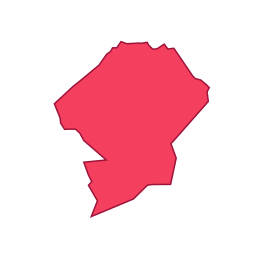 the district of José da Penha, Rio Grande do Norte, Brazil, rotated 44°
{"feature_id": "56859067B70747507045438", "entity_name": "José da Penha", "entity_type": "district", "adm_level": 2, "iso_a3": "BRA", "parent_name": "Brazil", "parent_adm1": "Rio Grande do Norte", "projection": "mercator", "projection_center": [-38.291, -6.348], "detail": "fine", "context": "isolated", "style": "filled", "palette": "rose", "viewbox_px": 256, "rotation_deg": 44, "n_neighbors": 0, "source": "geoboundaries", "source_scale": "gbopen_adm2", "svg_char_len": 733}
<svg xmlns="http://www.w3.org/2000/svg" viewBox="0 0 256 256"><g transform="rotate(44 128 128)"><path d="M167.3,53.1L159.8,47.1L158.4,42.5L154.0,42.4L147.1,42.9L141.9,45.8L138.1,45.6L131.6,44.2L105.6,38.8L101.8,43.5L95.8,42.5L93.9,50.8L91.1,54.1L85.7,54.1L82.2,53.1L79.2,57.3L75.7,60.5L73.0,63.5L68.5,68.3L63.0,70.7L64.2,78.1L61.2,81.1L62.3,84.9L61.4,89.7L63.5,102.8L60.8,127.2L59.6,136.8L58.2,161.7L72.1,167.9L76.2,171.3L83.4,173.0L86.3,169.8L91.1,165.3L96.6,165.1L100.5,166.3L105.0,167.7L134.6,166.1L120.0,183.3L132.2,189.3L139.1,191.7L139.4,196.7L156.6,201.6L163.1,217.2L181.2,175.3L181.7,155.8L184.6,151.9L197.8,139.0L183.6,116.2L169.7,109.4L169.7,105.6L167.3,53.1Z" fill="#f43f5e" stroke="#9f1239" stroke-width="1.5"/></g></svg>